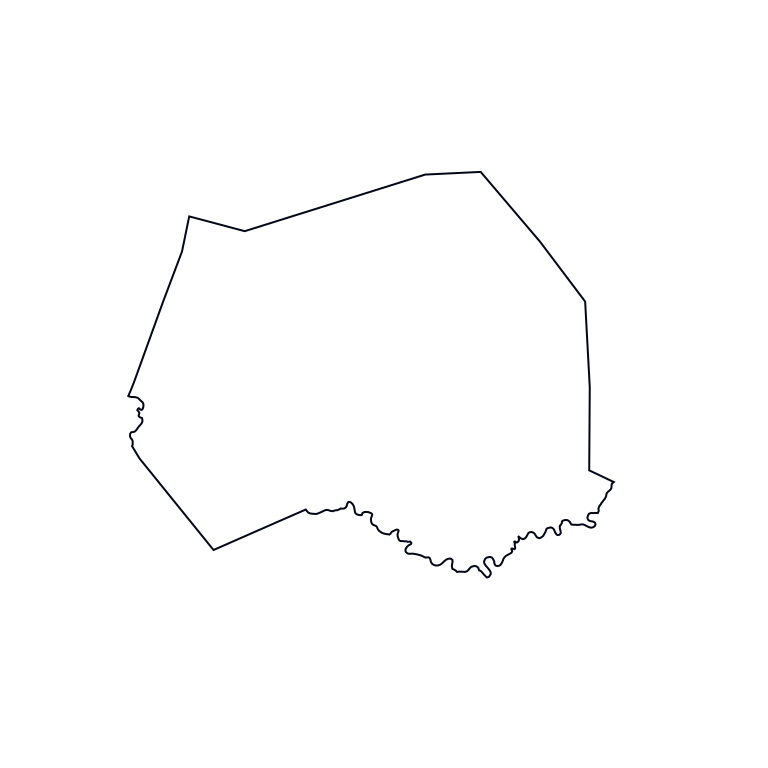 Shaamar, Selenge, Mongolia (orthographic projection), rotated 302°
{"feature_id": "93677404B82499437232686", "entity_name": "Shaamar", "entity_type": "district", "adm_level": 2, "iso_a3": "MNG", "parent_name": "Mongolia", "parent_adm1": "Selenge", "projection": "orthographic", "projection_center": [106.157, 50.033], "detail": "fine", "context": "isolated", "style": "outline", "palette": "ink", "viewbox_px": 768, "rotation_deg": 302, "n_neighbors": 0, "source": "geoboundaries", "source_scale": "gbopen_adm2", "svg_char_len": 4930}
<svg xmlns="http://www.w3.org/2000/svg" viewBox="0 0 768 768"><g transform="rotate(302 384 384)"><path d="M422.9,130.0L389.3,142.5L334.9,153.4L334.6,153.5L252.7,171.1L243.2,172.8L238.3,173.5L238.5,175.0L239.2,176.9L240.9,179.7L241.8,182.5L241.5,184.2L241.1,185.9L240.6,188.8L239.9,190.1L238.8,191.1L237.1,192.0L235.3,192.5L234.0,192.4L233.4,191.9L233.2,191.2L233.3,190.4L233.6,189.4L233.5,188.9L232.7,188.6L231.8,188.5L231.1,188.7L230.8,189.5L230.5,190.6L229.9,191.8L228.7,192.3L227.4,192.5L226.6,193.2L226.5,194.2L226.5,195.4L226.9,196.7L226.1,197.7L224.2,199.0L222.1,199.3L220.0,199.0L218.0,198.6L216.2,198.5L214.0,198.4L212.0,198.0L211.0,197.4L209.2,195.3L208.4,195.1L207.3,195.2L206.2,195.6L204.8,196.6L203.9,197.9L203.5,199.3L202.8,200.7L201.6,201.6L199.6,202.9L197.8,203.3L191.3,216.1L152.9,327.4L214.5,369.4L236.1,384.2L235.8,384.9L235.4,385.9L234.8,388.1L235.1,389.9L235.9,391.8L237.2,394.2L238.1,395.7L241.3,398.1L242.2,398.7L243.7,399.6L245.1,400.5L246.7,401.8L247.5,403.5L248.1,406.1L249.1,408.1L250.5,409.1L251.8,410.6L252.3,411.4L254.9,413.1L255.4,413.2L255.8,413.8L256.4,415.1L257.5,416.3L258.8,417.0L260.2,417.1L261.5,416.8L262.6,416.3L263.7,416.3L264.9,416.3L265.4,416.7L265.9,417.6L266.0,418.7L265.5,421.1L264.4,423.1L262.9,424.7L260.8,426.5L259.3,428.2L259.1,429.4L259.2,430.9L260.0,433.0L261.0,434.5L261.9,434.5L262.8,434.1L264.8,435.0L265.9,436.4L267.2,438.9L267.3,440.0L267.6,441.8L267.4,442.9L266.5,443.5L265.3,443.7L264.0,443.9L262.3,444.6L260.2,446.3L259.2,447.6L258.9,448.8L259.0,450.8L259.4,452.6L258.9,453.9L257.5,455.8L256.8,458.0L256.7,461.2L257.1,463.2L257.9,465.4L258.8,467.2L259.1,468.3L260.6,468.9L261.6,468.8L262.9,469.0L264.2,469.8L265.9,470.9L267.3,471.9L267.7,472.9L267.6,473.9L267.0,474.3L265.7,474.6L263.9,475.0L262.1,476.3L260.3,478.4L259.5,479.8L259.5,481.2L260.8,483.3L261.5,484.9L262.5,486.4L262.7,487.5L263.0,488.2L264.2,489.6L264.1,490.4L263.9,491.2L263.2,491.6L262.5,491.7L261.6,491.2L260.2,490.4L258.6,489.9L257.0,489.7L255.4,489.8L254.2,490.4L253.2,491.3L252.9,492.6L252.9,494.3L253.6,495.8L254.9,497.5L255.9,499.5L257.4,503.4L258.0,505.5L258.4,507.6L258.6,509.9L258.7,511.0L259.9,512.6L260.6,513.7L260.7,514.8L259.9,516.1L257.9,518.2L257.0,520.2L257.0,522.1L257.4,523.9L258.7,525.9L260.4,527.3L262.1,528.1L265.5,529.0L268.0,529.8L269.8,531.1L270.9,532.4L271.3,533.8L271.0,535.3L269.9,536.2L268.1,536.9L265.6,538.0L264.2,539.2L263.5,539.9L263.8,542.5L263.8,543.8L263.3,545.3L263.6,545.9L264.4,546.8L265.6,548.6L266.6,550.5L267.8,552.6L269.5,553.8L271.7,554.2L272.7,554.3L274.4,554.6L275.6,555.2L276.7,556.3L277.7,557.2L278.2,558.5L278.3,559.6L278.2,560.9L277.9,561.7L277.2,562.3L276.5,563.2L276.4,563.7L276.7,564.5L276.6,565.8L276.0,567.9L275.4,569.6L274.9,571.7L274.6,572.8L274.5,573.9L276.1,575.2L279.0,575.3L280.0,574.9L280.7,574.4L281.5,573.3L282.4,571.3L283.0,569.5L283.8,566.7L284.8,564.6L285.9,563.3L287.3,562.7L289.2,562.5L291.0,563.0L292.4,564.2L293.6,565.7L294.0,567.6L293.1,569.7L291.9,571.6L290.7,572.3L289.7,573.6L289.2,574.8L289.5,576.1L290.1,577.2L291.1,578.1L292.8,578.7L294.8,578.7L297.2,578.4L299.2,577.9L300.8,578.0L302.9,578.5L305.6,580.0L306.9,580.8L308.6,581.5L309.7,581.5L310.4,581.0L310.9,580.3L311.4,579.6L311.8,579.4L312.2,579.6L312.4,579.9L312.6,580.5L312.8,581.4L312.9,581.9L313.6,582.3L314.2,582.3L314.7,582.0L315.4,581.4L316.2,580.5L317.2,579.9L317.9,579.7L318.5,578.9L318.9,578.4L319.5,578.1L319.8,578.3L319.9,578.7L319.9,579.3L319.8,580.2L320.2,580.8L321.2,581.3L322.1,581.4L322.8,581.2L323.8,580.8L324.5,580.2L325.3,579.3L325.8,579.0L326.0,579.1L325.9,579.7L325.8,580.4L325.6,581.4L325.8,583.2L326.5,584.5L327.8,585.4L329.6,585.7L331.8,585.6L333.8,585.4L335.2,585.9L336.5,587.3L337.0,588.8L337.1,590.1L336.8,591.2L336.3,592.2L335.7,593.4L335.1,594.8L335.2,596.2L335.8,597.7L337.3,598.7L339.6,599.5L344.1,599.3L347.3,598.6L348.7,599.3L350.8,601.5L351.0,602.4L351.1,603.4L350.9,604.6L350.2,606.0L349.1,607.4L348.3,608.9L347.8,610.2L347.9,611.2L348.5,612.2L349.6,612.8L351.2,612.9L352.1,612.3L353.2,611.3L354.4,610.0L356.0,608.7L357.2,608.3L358.7,608.6L360.3,608.5L360.9,608.3L361.6,607.8L362.5,607.9L363.8,608.8L365.1,610.3L365.8,611.8L365.7,613.6L365.4,615.0L364.7,616.1L364.2,617.2L364.4,618.2L365.1,619.3L366.1,621.0L367.1,622.9L368.2,624.4L369.5,625.7L370.4,627.2L370.8,629.0L370.9,631.3L371.4,634.6L372.2,636.2L373.7,637.5L375.4,638.0L376.6,637.9L377.8,637.1L378.2,636.1L378.3,634.9L377.9,633.6L377.3,632.2L376.9,630.7L376.8,629.7L377.5,628.3L378.6,627.2L380.4,626.7L382.5,626.5L384.5,628.1L385.4,629.9L386.6,631.5L387.2,632.5L387.8,633.7L390.1,633.4L391.8,632.0L393.1,631.6L395.0,631.3L396.4,631.6L398.4,631.5L400.3,631.8L401.7,631.8L403.5,632.1L405.4,632.0L406.8,631.7L408.5,631.0L409.5,630.8L410.9,631.0L413.2,631.7L414.9,632.1L416.5,631.9L418.2,630.9L419.9,630.2L421.0,630.2L422.6,630.8L419.5,603.8L490.3,560.2L560.5,510.9L587.4,440.8L615.1,353.6L583.4,307.9L439.8,184.9L422.9,130.0Z" fill="none" stroke="#020617" stroke-width="2"/></g></svg>